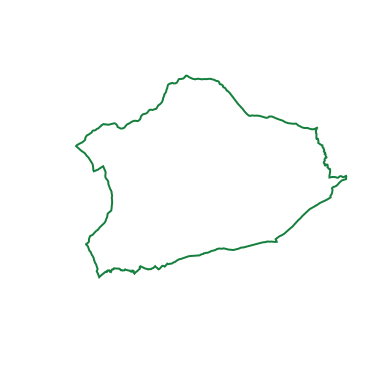 Oicata, Boyacá, Colombia (orthographic projection), rotated 213°
{"feature_id": "7082276B7935915117339", "entity_name": "Oicata", "entity_type": "district", "adm_level": 2, "iso_a3": "COL", "parent_name": "Colombia", "parent_adm1": "Boyacá", "projection": "orthographic", "projection_center": [-73.281, 5.617], "detail": "fine", "context": "isolated", "style": "outline", "palette": "green", "viewbox_px": 384, "rotation_deg": 213, "n_neighbors": 0, "source": "geoboundaries", "source_scale": "gbopen_adm2", "svg_char_len": 5999}
<svg xmlns="http://www.w3.org/2000/svg" viewBox="0 0 384 384"><g transform="rotate(213 192 192)"><path d="M314.2,167.4L307.4,166.3L303.4,166.2L302.2,165.9L300.3,165.1L297.5,164.5L290.9,161.4L290.0,160.7L288.7,159.3L286.7,156.7L285.6,155.9L283.0,159.6L281.2,163.9L280.5,165.2L275.2,161.6L273.3,158.0L272.6,157.2L271.2,156.4L269.9,156.1L268.4,155.5L267.3,154.4L266.7,153.3L262.2,149.9L261.1,149.4L259.6,148.4L258.4,146.8L257.3,145.8L256.8,145.0L256.3,143.7L254.9,142.0L252.9,139.2L252.1,137.4L250.3,134.0L249.6,132.4L250.8,128.5L250.8,127.5L249.5,124.8L249.4,123.6L248.6,120.2L248.6,118.3L250.1,112.2L250.3,109.2L251.1,107.3L251.6,104.8L251.9,102.5L252.2,101.5L253.4,99.8L253.5,99.3L253.3,98.9L253.2,98.2L252.8,96.6L251.7,94.7L251.4,93.6L251.7,92.2L252.4,91.0L252.3,90.4L251.9,90.2L250.5,90.0L249.5,89.6L246.5,87.2L245.8,86.8L244.3,86.5L241.6,84.6L240.8,84.4L238.5,83.1L237.1,81.5L236.4,81.2L235.9,80.7L234.7,79.8L233.4,79.3L232.7,78.8L230.3,76.8L229.4,76.3L228.9,74.8L228.8,73.7L228.6,73.5L226.1,72.1L224.4,70.7L223.4,70.0L222.9,72.3L221.1,77.9L220.5,78.0L219.8,78.9L219.9,79.1L220.2,79.2L220.3,79.4L220.0,80.2L219.0,80.6L218.9,80.8L218.9,81.1L218.5,81.3L217.7,80.9L217.5,80.5L217.3,80.4L217.0,80.6L216.4,80.7L216.9,83.1L216.4,84.1L216.0,84.1L215.8,84.3L215.7,84.6L215.9,85.4L215.7,85.6L212.3,87.4L211.3,88.1L210.8,88.2L209.3,87.6L208.4,88.3L207.9,88.1L206.1,89.4L205.9,89.7L206.0,90.5L205.8,90.7L204.5,90.9L201.9,91.8L201.5,92.2L200.7,92.0L199.6,92.0L199.4,92.4L199.4,93.5L198.4,94.0L197.8,93.9L197.7,93.3L197.3,92.6L195.8,92.2L195.6,93.8L194.6,96.6L194.3,98.4L193.9,99.3L194.3,100.0L195.0,100.5L195.0,101.2L194.7,101.7L189.6,102.3L187.7,103.0L187.0,103.2L186.6,103.2L186.5,103.5L184.3,105.1L184.0,106.0L183.1,107.2L182.5,109.7L181.7,109.4L179.7,109.3L178.7,109.0L177.9,108.9L177.7,109.2L177.3,110.2L176.7,113.9L175.5,114.6L174.2,114.6L173.7,118.3L173.4,118.2L173.1,118.3L172.1,119.0L171.0,120.2L169.9,121.0L169.2,122.8L168.1,124.2L167.3,126.4L166.2,128.5L164.7,130.0L159.8,136.3L158.0,137.8L151.1,143.0L150.2,144.8L148.7,146.3L148.7,147.0L146.7,149.0L145.8,149.5L143.4,153.3L141.3,155.4L140.1,157.4L140.0,157.8L139.6,158.1L139.0,158.9L138.4,159.4L136.5,160.4L135.3,161.3L134.9,161.9L134.5,162.1L129.5,163.8L128.6,164.4L126.2,165.6L125.6,166.0L122.0,169.9L120.5,172.2L119.4,172.9L118.4,173.8L105.9,187.6L104.4,189.0L102.7,190.3L102.6,190.7L102.3,191.1L101.7,191.6L99.8,192.6L98.5,193.6L95.8,195.0L93.8,196.3L94.1,196.7L96.2,198.0L94.5,202.6L93.9,203.4L92.0,206.9L89.9,214.6L88.8,218.0L88.6,219.9L87.5,226.5L86.9,228.4L86.3,232.2L84.0,241.6L79.7,250.0L78.9,252.2L74.6,259.1L72.8,263.0L73.3,263.4L73.8,264.3L73.7,266.1L74.1,267.7L75.0,269.7L75.6,270.7L76.6,271.2L76.6,271.9L76.4,272.8L76.1,273.3L75.5,273.9L74.3,275.7L73.8,277.7L73.6,279.7L72.7,283.2L69.8,286.7L70.3,287.5L71.0,289.0L71.5,289.4L71.9,289.0L72.3,288.0L73.2,286.8L73.8,286.6L75.2,286.6L76.0,286.3L76.8,285.2L77.0,284.1L77.3,283.5L78.2,283.0L79.7,282.6L81.2,281.9L82.8,280.8L84.6,279.0L85.6,280.5L87.1,284.1L88.7,286.4L89.1,286.4L89.6,286.0L89.9,285.9L90.6,286.3L91.6,286.4L91.8,286.5L92.0,287.3L92.7,288.2L93.2,288.6L93.5,288.6L94.0,288.4L94.3,288.0L94.4,287.1L94.7,286.7L95.0,286.7L95.6,287.0L95.6,287.7L95.8,287.9L97.2,288.2L97.5,288.4L97.7,289.3L97.7,290.7L98.4,291.3L98.8,292.4L98.7,293.0L98.0,293.9L98.1,294.4L99.2,294.8L100.0,295.5L100.3,296.1L101.4,296.1L101.5,296.3L101.4,297.2L101.7,297.5L101.9,297.6L102.8,297.5L103.6,297.9L103.8,298.8L104.0,299.3L104.8,299.6L105.6,300.5L106.1,300.4L106.7,300.6L107.5,301.3L107.9,302.1L110.2,301.8L111.3,301.9L112.8,301.9L113.3,302.9L113.9,303.6L114.2,304.1L115.4,305.2L115.8,305.1L116.1,304.6L116.3,304.4L116.9,304.7L118.4,307.1L119.0,308.3L119.9,308.8L120.7,310.1L121.5,310.5L121.7,312.4L122.1,313.5L122.0,313.9L122.2,314.0L122.5,313.6L122.8,312.7L123.3,312.0L124.9,310.3L125.5,309.9L128.5,308.9L129.5,308.8L131.5,307.7L132.7,306.8L133.0,306.7L134.7,306.2L139.3,305.7L140.4,305.9L142.1,306.0L143.4,304.9L145.3,303.8L146.9,303.1L147.9,302.5L149.6,301.9L152.2,301.3L154.6,301.3L159.9,299.9L166.2,298.8L167.3,298.0L168.2,297.6L168.9,295.7L170.2,294.6L177.0,292.6L177.9,292.0L179.1,291.5L180.9,290.2L183.5,288.8L183.9,288.5L184.5,287.6L185.4,287.3L185.8,287.0L188.8,287.4L191.6,288.1L194.8,289.3L201.5,291.0L214.6,295.7L216.9,296.1L217.8,296.2L218.0,296.0L221.0,297.3L222.2,297.0L223.0,297.1L223.4,297.2L223.5,297.6L223.9,297.9L225.5,298.3L227.4,297.6L228.0,297.9L228.9,298.9L229.8,299.1L230.7,299.1L232.0,298.4L234.3,298.2L238.0,297.0L240.3,295.5L240.7,295.0L241.7,294.3L243.3,293.4L244.0,292.7L245.5,291.7L248.6,290.3L250.5,288.6L250.6,288.3L252.8,287.4L253.8,287.2L257.2,286.7L259.0,286.9L259.7,286.7L260.2,286.5L260.5,286.1L260.4,285.1L260.8,284.6L260.8,283.3L261.0,282.6L262.3,281.2L264.3,279.8L264.5,279.1L264.3,276.6L264.3,275.5L264.5,275.0L265.0,274.2L266.2,273.3L266.7,273.0L267.8,272.8L268.1,272.6L268.7,271.7L269.0,271.6L269.3,271.3L269.4,270.9L270.0,270.1L270.4,269.1L270.4,268.5L270.0,267.1L269.3,265.6L269.1,263.8L268.4,262.3L268.2,260.7L268.4,258.7L267.9,258.0L267.7,256.7L267.5,256.4L267.4,255.3L266.8,253.7L266.7,253.6L266.3,252.1L266.2,250.6L266.7,248.0L267.5,246.3L267.3,242.9L267.5,242.0L268.4,241.2L269.6,239.5L269.9,239.2L271.1,238.8L272.1,237.9L272.5,237.3L272.7,234.2L273.1,233.2L274.1,231.8L275.1,230.9L275.6,230.1L275.8,229.3L275.9,227.3L275.7,226.5L275.3,226.0L275.2,225.1L275.3,224.0L275.8,222.4L276.2,221.9L278.8,220.6L279.8,219.6L280.5,218.6L282.5,214.4L283.1,213.7L283.3,213.2L283.7,210.7L283.7,209.4L284.5,207.9L285.1,207.3L286.0,206.6L286.7,206.3L288.9,206.2L289.7,206.0L291.1,207.1L292.4,207.5L294.0,207.6L294.7,207.2L298.8,202.8L299.6,202.4L300.7,202.1L301.4,201.5L302.1,201.1L302.6,201.1L303.2,200.8L303.6,199.8L304.3,198.7L304.2,197.7L304.7,196.8L305.2,194.4L306.1,193.2L306.3,192.7L306.6,191.4L307.4,190.4L308.4,189.7L308.7,189.0L308.6,187.4L308.7,186.9L310.0,183.8L310.8,182.6L311.0,181.8L311.0,179.8L310.8,179.0L310.3,178.3L310.1,177.0L310.3,176.3L311.1,173.8L312.4,171.8L314.1,168.5L314.2,167.4Z" fill="none" stroke="#15803d" stroke-width="2"/></g></svg>